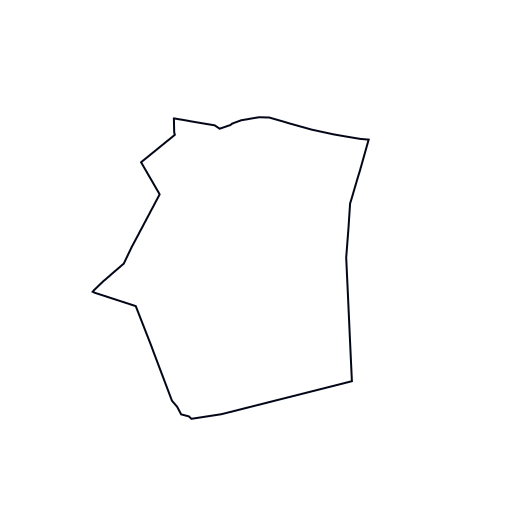 Kebkabiya, North Darfur, Sudan (Robinson projection), rotated 138°
{"feature_id": "16777658B23897511285986", "entity_name": "Kebkabiya", "entity_type": "district", "adm_level": 2, "iso_a3": "SDN", "parent_name": "Sudan", "parent_adm1": "North Darfur", "projection": "robinson", "projection_center": [24.187, 13.614], "detail": "fine", "context": "isolated", "style": "outline", "palette": "ink", "viewbox_px": 512, "rotation_deg": 138, "n_neighbors": 0, "source": "geoboundaries", "source_scale": "gbopen_adm2", "svg_char_len": 2960}
<svg xmlns="http://www.w3.org/2000/svg" viewBox="0 0 512 512"><g transform="rotate(138 256 256)"><path d="M412.9,178.2L387.6,161.6L268.5,98.8L244.0,128.7L216.9,161.7L190.1,194.4L179.8,204.2L166.9,216.5L165.9,217.5L162.4,220.9L150.9,232.1L149.2,233.1L147.0,234.4L128.0,246.1L122.3,249.5L120.2,250.8L119.8,251.1L118.0,252.2L105.5,260.1L94.4,267.1L100.2,273.3L108.0,283.1L108.5,283.7L116.9,294.4L130.1,312.7L135.4,321.1L136.0,322.0L138.0,325.2L142.4,332.1L145.9,337.9L147.6,340.6L153.6,350.2L153.7,350.3L153.9,350.5L154.0,350.6L154.3,350.9L154.6,351.1L155.8,352.2L157.2,353.6L160.4,356.6L160.9,357.1L163.4,358.7L167.5,361.3L168.6,362.0L171.4,363.7L172.6,364.5L175.0,366.0L175.7,366.5L176.1,366.7L176.3,366.8L176.9,367.1L177.1,367.1L182.7,369.4L183.0,369.5L183.5,369.7L184.3,370.0L184.9,370.2L185.0,370.3L185.4,370.3L185.6,370.4L186.0,370.4L186.5,370.4L187.4,370.5L187.6,370.5L187.9,370.6L188.0,370.7L188.3,370.8L188.5,370.9L188.8,371.0L189.5,371.4L190.0,371.6L190.5,371.8L190.8,371.9L190.9,372.0L191.1,372.0L191.7,372.3L192.9,372.8L193.2,372.9L194.7,373.6L195.7,374.0L197.6,374.9L197.8,374.9L199.3,380.8L207.6,391.2L215.5,401.2L216.2,402.2L220.6,407.8L221.4,408.7L223.0,410.8L223.8,411.8L224.2,412.3L224.3,412.5L224.5,412.7L224.6,412.8L224.7,413.0L224.9,413.2L225.0,413.2L225.2,412.9L225.5,412.6L225.7,412.3L225.8,412.2L226.1,411.9L226.3,411.6L226.6,411.3L226.7,411.2L226.8,411.0L226.9,410.9L227.0,410.8L227.5,410.3L227.6,410.1L227.9,409.8L228.1,409.5L229.7,407.7L230.0,407.4L230.3,407.0L230.4,406.9L230.8,406.4L231.0,406.1L231.3,405.8L231.8,405.3L231.9,405.1L232.0,405.0L232.4,404.6L232.7,404.2L233.9,402.8L234.0,402.6L234.2,402.4L235.2,400.4L238.3,400.5L240.2,400.6L242.7,400.7L245.4,400.9L253.6,401.3L259.9,401.6L262.5,401.7L262.8,401.8L263.5,401.8L275.4,402.4L276.5,402.5L277.7,402.5L278.0,402.5L278.3,402.6L278.7,402.5L278.8,402.0L278.9,401.5L279.0,400.8L279.1,400.5L279.5,398.7L280.5,393.9L282.5,384.5L282.7,383.4L285.2,371.8L285.3,371.1L285.8,368.7L286.2,367.1L286.3,366.6L286.4,366.3L286.5,366.2L287.2,366.0L287.5,365.9L288.9,365.3L289.6,365.1L297.8,362.1L298.3,361.9L298.5,361.8L299.3,361.5L304.2,359.8L307.0,358.7L309.8,357.7L313.4,356.4L314.3,356.0L315.9,355.5L319.9,354.0L320.5,353.8L320.9,353.6L321.7,353.3L322.5,353.1L322.9,352.9L324.4,352.4L324.6,352.3L325.8,351.9L326.3,351.7L327.1,351.4L328.3,350.9L330.6,350.1L342.2,345.9L359.4,338.8L360.1,338.8L361.4,338.9L363.5,338.9L370.8,339.1L375.5,339.2L378.2,339.2L379.8,339.2L380.1,339.3L384.3,339.3L385.1,339.4L385.9,339.4L386.2,339.4L386.7,339.4L387.3,339.4L389.3,339.3L389.6,339.3L390.0,339.3L391.0,339.3L391.6,339.3L392.3,339.2L392.5,339.2L394.2,339.2L394.5,339.1L395.3,339.1L395.6,339.1L396.0,339.1L396.7,339.1L396.8,339.1L397.4,339.0L398.7,339.0L399.0,339.0L399.3,339.0L399.5,339.0L399.7,338.9L401.3,338.7L400.4,336.5L378.9,299.2L391.5,265.8L393.6,260.2L396.7,252.4L415.1,205.2L415.3,204.7L415.5,196.7L417.6,188.4L413.2,181.7L412.9,178.2Z" fill="none" stroke="#020617" stroke-width="2"/></g></svg>